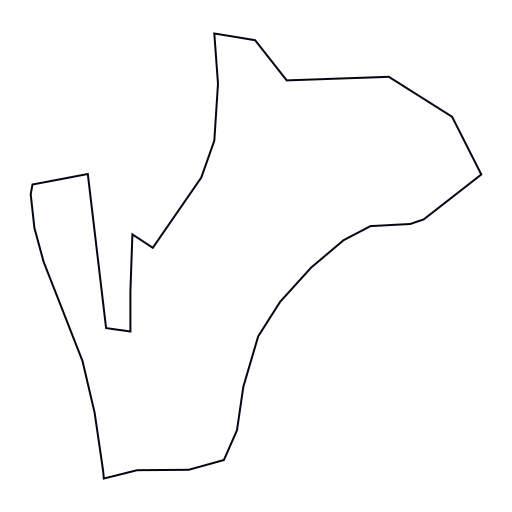 the border of Rucavas
{"feature_id": "LVA-5718", "entity_name": "Rucavas", "entity_type": "Municipality", "adm_level": 1, "iso_a3": "LVA", "parent_name": "Latvia", "parent_adm1": "", "projection": "orthographic", "projection_center": [21.181, 56.214], "detail": "fine", "context": "isolated", "style": "outline", "palette": "ink", "viewbox_px": 512, "rotation_deg": 0, "n_neighbors": 0, "source": "natural_earth", "source_scale": "10m", "svg_char_len": 559}
<svg xmlns="http://www.w3.org/2000/svg" viewBox="0 0 512 512"><path d="M481.3,174.5L423.7,219.4L410.1,224.0L370.5,226.1L343.7,240.1L311.2,267.5L280.2,301.7L258.2,336.3L243.3,386.9L237.0,430.2L223.9,460.0L188.6,469.8L137.1,470.2L103.8,478.5L103.8,478.0L103.1,470.7L94.6,412.6L82.5,361.0L43.6,261.8L34.4,227.9L30.7,194.2L32.5,184.5L87.8,174.0L106.1,328.1L130.4,331.5L130.4,291.3L132.4,234.4L152.8,247.8L201.3,177.5L214.3,140.7L218.0,83.8L214.3,33.5L255.1,40.2L286.7,80.4L388.8,76.8L452.1,116.8L481.3,174.5Z" fill="none" stroke="#020617" stroke-width="2"/></svg>